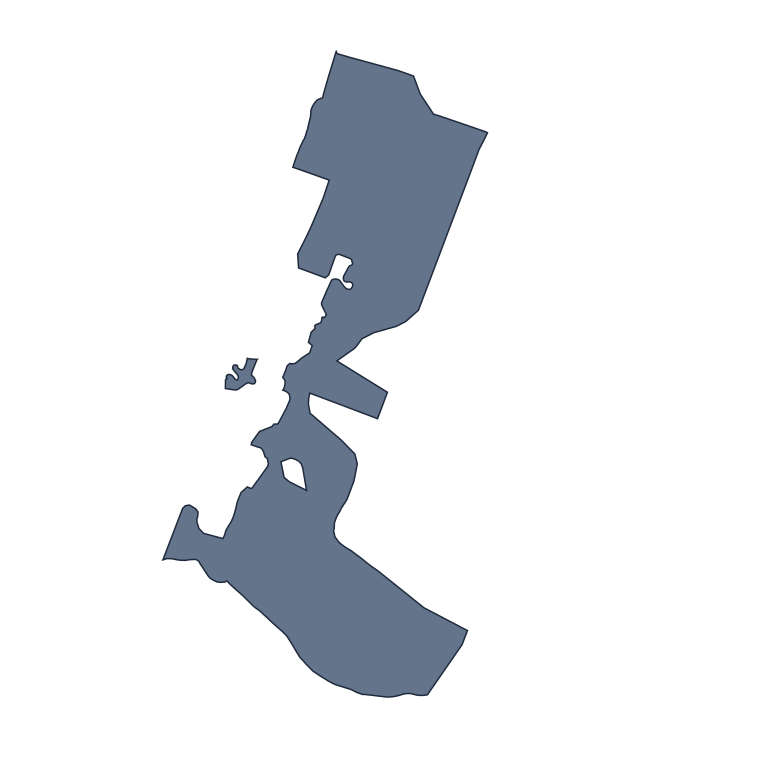 As Safra, Sa`dah, Yemen (Mercator projection), rotated 21°
{"feature_id": "15242507B71056496150063", "entity_name": "As Safra", "entity_type": "district", "adm_level": 2, "iso_a3": "YEM", "parent_name": "Yemen", "parent_adm1": "Sa`dah", "projection": "mercator", "projection_center": [43.803, 16.995], "detail": "fine", "context": "isolated", "style": "filled", "palette": "slate", "viewbox_px": 768, "rotation_deg": 21, "n_neighbors": 0, "source": "geoboundaries", "source_scale": "gbopen_adm2", "svg_char_len": 6106}
<svg xmlns="http://www.w3.org/2000/svg" viewBox="0 0 768 768"><g transform="rotate(21 384 384)"><path d="M550.3,584.3L501.5,578.6L449.0,561.8L445.4,560.7L442.4,559.9L436.9,558.5L435.9,558.3L433.1,557.4L430.8,556.7L428.8,556.0L425.4,554.9L422.9,554.2L421.3,553.7L419.1,553.2L416.8,552.5L415.0,551.9L412.0,551.2L410.2,550.9L407.7,550.5L404.6,549.8L400.7,548.6L398.9,547.9L397.5,547.2L394.8,545.4L393.3,544.5L392.3,543.3L391.3,541.7L389.7,539.4L389.3,537.1L388.4,534.0L387.5,531.5L387.4,528.0L387.4,524.5L387.6,522.9L388.2,519.7L388.6,517.3L388.5,515.5L388.8,514.6L389.2,512.9L389.7,510.4L390.4,507.4L390.7,505.3L390.8,505.0L390.8,499.8L390.8,497.9L390.7,485.1L387.7,468.2L381.9,459.8L364.5,451.8L325.5,437.8L320.6,429.9L318.8,424.2L318.0,419.1L390.4,418.7L390.2,390.5L332.1,379.4L331.7,379.3L343.8,361.2L345.2,357.2L347.2,349.6L356.4,339.5L374.8,325.8L382.0,317.7L389.7,302.8L389.5,259.1L389.2,206.3L388.9,152.0L388.7,130.8L389.8,121.3L390.6,112.4L388.7,112.1L341.3,113.8L333.5,114.3L313.9,100.3L301.2,85.9L285.4,86.3L235.0,91.3L222.0,92.4L220.2,90.7L220.2,91.1L222.1,118.0L223.5,133.9L223.6,134.9L224.1,138.7L221.8,140.8L219.9,142.6L218.7,145.7L218.0,148.7L217.7,151.4L217.7,152.9L217.9,155.6L218.8,157.9L219.4,160.2L219.9,162.1L219.9,163.7L220.5,167.9L220.7,169.7L221.0,171.5L221.3,173.2L221.3,175.7L221.5,177.5L221.7,179.9L221.8,183.1L221.1,187.5L221.1,189.8L220.8,191.7L220.8,196.5L220.9,198.4L220.7,200.5L220.7,202.8L221.2,214.3L234.3,213.9L259.8,213.3L259.8,214.1L260.6,232.1L259.6,262.8L258.6,275.9L257.6,285.5L256.8,293.6L262.7,306.3L291.1,305.9L293.3,302.1L292.8,284.1L292.8,281.8L293.0,281.1L293.6,280.2L294.5,279.5L295.5,279.1L297.2,279.0L306.7,279.0L308.8,279.3L309.6,280.0L310.0,280.9L311.4,282.6L311.6,283.6L311.2,284.6L310.3,285.3L309.6,286.0L309.0,287.5L307.8,297.0L307.7,297.3L307.9,299.4L308.7,300.9L309.3,301.7L310.1,302.2L311.9,302.3L312.9,302.1L313.8,301.6L315.4,301.0L317.1,301.0L318.5,301.5L319.1,302.4L319.6,303.6L319.5,305.3L319.2,306.5L318.5,307.7L317.5,308.2L316.4,308.4L314.3,308.4L311.4,307.1L307.5,304.4L307.2,304.4L305.8,303.3L304.1,302.8L301.5,303.2L299.4,304.2L298.2,305.2L297.8,306.5L297.0,318.9L296.6,330.7L297.5,332.6L299.0,334.0L305.1,339.7L305.1,339.8L305.4,340.1L305.1,341.1L304.8,342.2L304.4,343.6L303.3,343.4L302.5,343.6L302.3,344.5L302.5,345.4L303.0,347.0L303.0,348.6L302.4,350.0L301.0,351.4L299.4,352.8L298.6,353.8L298.8,355.2L299.6,356.5L299.5,357.5L297.4,362.0L297.7,364.1L297.9,366.3L298.1,368.1L298.2,368.9L298.3,369.8L298.5,371.9L298.5,372.2L303.2,373.8L303.4,380.6L303.1,382.0L302.5,383.1L301.7,383.9L300.3,385.8L297.4,389.9L296.6,391.6L295.7,393.3L294.8,394.8L293.8,396.4L293.7,396.5L292.3,397.5L291.6,397.8L290.3,398.3L288.7,398.5L288.4,399.2L287.3,401.3L287.1,402.2L287.2,404.8L287.3,406.8L287.1,414.2L290.0,415.9L290.3,416.4L291.1,417.9L291.7,419.7L291.8,420.9L292.1,422.7L292.2,424.4L291.7,425.8L291.7,426.0L295.1,426.0L297.9,426.8L299.5,427.9L301.4,431.0L301.8,433.1L301.5,441.5L299.5,458.0L299.0,459.3L298.7,459.8L298.0,460.0L297.1,460.2L295.5,461.0L295.5,461.3L295.2,462.0L294.6,463.9L294.2,464.3L293.4,465.0L291.6,466.7L289.6,468.4L287.4,470.6L286.8,471.0L285.2,472.8L284.9,472.7L284.5,474.0L282.3,482.4L282.1,483.2L281.4,485.9L281.8,488.3L288.3,488.1L290.5,487.9L292.3,487.9L295.2,489.8L299.1,494.6L301.6,495.2L304.8,500.1L304.7,503.5L298.2,528.2L298.0,528.7L296.7,529.2L293.2,529.1L292.8,529.9L291.4,532.7L291.3,532.9L289.5,536.5L289.4,537.2L289.4,539.2L289.3,541.0L289.3,542.9L289.3,544.7L289.3,546.7L289.6,548.6L289.8,550.4L290.2,552.8L290.3,554.3L290.6,556.2L290.7,557.9L290.8,559.7L290.9,561.5L290.9,563.3L290.8,565.0L290.7,567.1L290.4,568.9L290.0,570.7L289.6,572.6L289.5,573.3L289.4,574.5L289.0,576.3L288.9,578.4L289.2,580.2L289.2,580.3L289.3,582.4L289.1,584.7L289.1,585.1L289.1,586.0L269.1,588.1L263.0,585.2L259.0,580.1L257.8,577.6L257.4,573.8L256.2,570.1L253.0,568.0L245.8,566.7L242.2,568.8L240.6,572.2L240.6,627.4L243.1,625.4L244.4,624.6L244.9,624.4L246.5,623.9L247.7,623.4L250.5,622.8L253.1,622.4L256.2,621.7L258.3,621.1L260.1,620.4L261.0,620.2L265.9,617.5L267.1,616.9L268.0,616.5L269.3,616.0L270.7,615.4L271.7,615.3L272.9,615.4L274.9,616.0L276.7,617.7L280.6,620.4L286.0,624.3L288.3,626.0L290.8,627.4L292.8,628.0L294.9,628.3L296.9,628.5L298.2,628.6L299.8,628.5L300.6,628.3L301.7,628.0L302.9,627.6L303.9,627.1L304.8,626.7L306.1,626.1L306.8,625.5L307.5,624.2L308.4,624.3L310.7,625.5L314.4,627.1L328.5,632.4L336.2,635.8L341.7,638.2L345.2,639.3L348.9,640.2L360.4,644.8L362.0,645.5L365.0,646.7L370.9,649.0L377.3,651.3L381.7,653.2L384.0,654.4L390.1,658.9L398.4,665.5L404.0,669.7L405.4,670.3L408.4,671.7L411.3,673.3L414.8,674.9L420.8,677.6L429.3,679.5L434.3,680.4L438.1,681.2L441.1,681.6L446.2,682.1L453.2,681.6L463.0,681.0L469.1,681.7L475.5,681.5L476.3,681.0L485.4,678.6L492.0,677.0L498.9,675.2L503.7,673.1L506.3,671.6L508.9,669.9L511.0,668.3L512.5,667.1L514.2,666.0L515.2,665.3L516.3,664.8L518.4,663.9L520.2,663.4L526.0,662.7L528.2,662.2L532.4,660.6L535.9,658.6L550.3,599.4L550.3,584.3ZM322.4,487.4L324.3,486.4L327.6,486.1L329.9,486.3L332.3,486.7L335.2,488.1L338.2,491.5L349.8,511.1L348.4,510.9L338.2,510.0L333.8,509.5L330.5,509.2L324.2,507.0L320.3,500.8L315.6,493.5L322.4,487.4ZM249.7,441.2L254.9,433.3L256.1,432.0L257.3,431.3L257.5,431.3L260.5,431.3L261.0,431.2L261.6,430.8L262.5,430.4L263.0,429.9L263.2,428.5L262.9,426.8L260.5,424.7L257.1,423.1L256.8,422.3L256.8,422.2L256.5,420.6L256.5,416.4L256.5,415.1L256.6,411.5L256.6,410.3L256.6,408.8L256.7,406.6L256.8,406.4L250.9,408.3L248.6,408.9L247.2,409.0L248.0,414.6L247.7,419.3L247.5,420.5L246.9,421.1L245.7,421.9L244.1,421.9L242.1,421.5L241.6,421.1L241.0,420.1L240.6,419.4L240.2,419.3L239.5,419.2L238.7,419.3L236.9,420.4L236.7,422.2L237.2,423.9L239.5,425.6L239.8,425.8L241.0,426.3L241.8,426.8L242.3,427.0L244.4,428.3L245.4,429.3L245.9,431.1L245.7,432.6L244.9,433.2L244.2,433.1L243.1,432.7L240.1,430.9L238.5,430.3L236.8,430.4L235.7,430.6L234.9,431.3L234.3,432.0L234.0,433.3L234.2,433.9L234.5,434.3L235.0,434.4L235.5,434.8L235.4,435.4L235.1,435.9L234.7,436.0L234.5,436.5L234.5,436.8L237.5,445.1L246.2,443.2L247.9,442.7L249.7,441.2Z" fill="#64748b" stroke="#1e293b" stroke-width="1.5"/></g></svg>